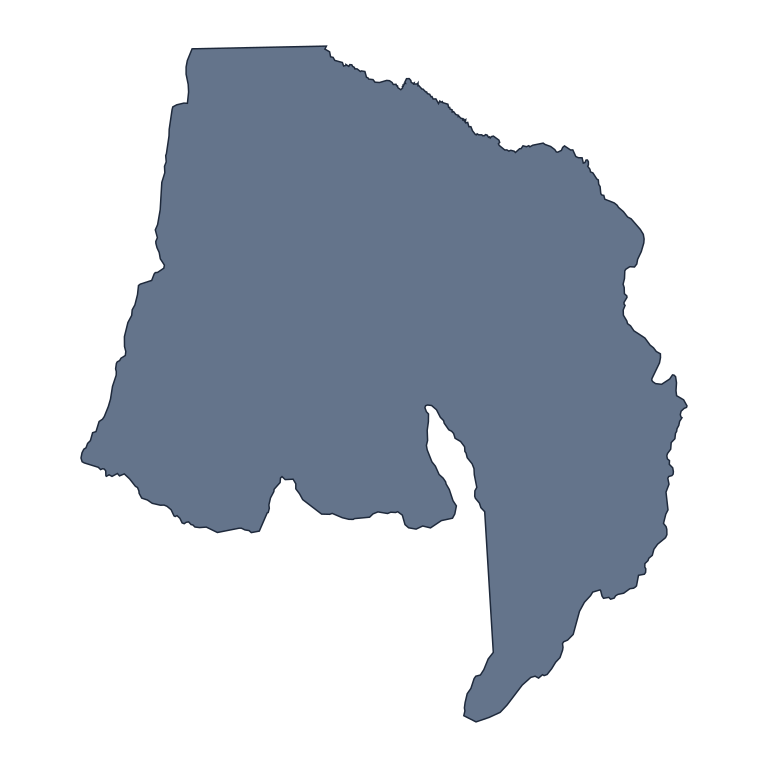 Santa Victoria, Salta, Argentina
{"feature_id": "61730980B62992861219638", "entity_name": "Santa Victoria", "entity_type": "district", "adm_level": 2, "iso_a3": "ARG", "parent_name": "Argentina", "parent_adm1": "Salta", "projection": "equal_earth", "projection_center": [-64.86, -22.445], "detail": "fine", "context": "isolated", "style": "filled", "palette": "slate", "viewbox_px": 768, "rotation_deg": 0, "n_neighbors": 0, "source": "geoboundaries", "source_scale": "gbopen_adm2", "svg_char_len": 6050}
<svg xmlns="http://www.w3.org/2000/svg" viewBox="0 0 768 768"><path d="M682.0,417.7L680.9,416.9L680.3,414.6L681.1,411.2L684.1,408.4L686.5,407.4L687.0,405.9L683.6,399.8L676.6,395.7L676.0,390.7L676.5,382.8L675.6,376.7L674.0,375.1L672.5,374.9L669.7,379.0L661.6,384.3L655.5,383.6L652.7,381.6L651.8,380.2L651.9,378.7L659.5,362.9L660.5,357.6L660.4,353.8L656.3,351.5L653.5,347.8L650.1,345.1L644.9,338.0L633.9,330.8L630.5,325.8L627.5,323.6L626.9,321.1L623.4,315.2L623.2,310.0L625.1,305.4L624.1,304.2L624.0,302.4L627.0,297.4L626.8,295.9L624.4,293.7L624.2,287.5L623.1,284.2L624.5,278.5L624.8,270.8L625.9,269.2L629.8,266.7L634.5,267.0L636.8,264.0L637.6,259.4L641.3,251.6L643.8,243.0L644.1,239.0L643.3,234.3L640.3,229.4L631.1,218.8L627.6,217.0L623.4,211.6L618.5,207.4L617.1,205.2L614.2,202.9L604.8,199.2L603.8,195.4L602.0,195.1L600.8,193.7L600.1,186.6L598.7,184.3L598.3,179.9L596.8,179.0L592.9,172.9L590.5,171.9L589.9,169.2L587.7,166.3L588.4,164.9L588.4,161.8L587.4,160.0L586.1,160.0L584.9,162.6L583.3,163.1L582.1,157.8L578.3,157.7L575.8,156.5L572.8,149.9L570.6,150.0L564.5,145.9L562.7,147.4L561.4,150.4L557.7,152.2L556.3,151.9L554.8,149.6L550.7,146.5L544.9,144.4L543.2,143.1L532.8,145.2L529.9,146.8L528.8,145.7L526.5,146.7L523.0,145.8L521.1,148.6L519.6,148.7L515.4,152.5L514.2,151.2L510.8,150.3L508.8,151.1L506.9,149.9L504.8,150.0L499.2,145.4L498.4,143.8L499.7,142.4L498.9,140.1L493.4,136.1L491.4,136.6L490.2,138.0L489.5,136.9L488.5,137.3L487.2,135.1L485.6,134.6L484.3,135.7L482.6,135.7L481.8,134.8L478.7,134.8L477.1,133.8L476.4,134.8L475.4,134.5L472.5,130.8L470.9,126.7L468.9,126.7L467.7,122.4L465.7,122.9L464.7,121.4L465.5,121.2L465.7,119.6L464.7,120.3L463.9,119.3L463.6,120.2L462.8,120.1L462.5,118.6L460.6,118.1L459.2,116.4L458.2,116.6L458.4,115.3L455.8,114.5L453.6,111.6L452.2,112.0L452.1,109.8L450.0,109.0L449.7,107.4L448.6,107.4L447.9,104.2L442.6,102.6L442.3,101.6L441.1,102.2L439.8,101.0L438.5,103.6L435.9,98.9L433.1,99.0L432.0,96.6L431.1,96.8L429.7,94.3L427.4,93.6L426.6,91.9L425.8,92.0L423.0,89.1L422.0,89.1L418.7,85.5L418.0,85.7L418.0,83.0L417.4,83.9L413.8,84.1L414.1,82.9L413.1,83.5L411.2,82.3L410.8,80.4L409.2,78.6L406.5,78.7L404.9,82.0L405.5,83.4L404.3,83.3L404.0,84.8L403.0,85.0L403.2,86.3L402.4,86.6L402.6,88.0L400.8,89.7L397.9,87.7L397.5,85.9L396.6,85.8L396.0,84.3L393.3,84.5L392.1,82.5L389.5,80.7L386.7,80.4L379.5,82.5L375.0,82.2L373.0,79.6L368.7,79.1L367.9,77.8L366.5,77.3L364.9,71.5L361.3,70.9L360.4,71.5L357.1,68.9L354.7,68.8L354.4,67.4L352.6,66.4L351.8,64.8L349.8,64.6L348.8,66.4L345.9,64.5L345.9,65.4L343.6,66.0L342.4,62.5L334.8,60.4L333.1,57.4L330.6,56.8L329.6,51.8L324.9,49.1L326.4,46.1L192.1,48.8L187.3,60.6L186.1,67.0L186.1,74.2L188.2,84.4L188.6,92.0L187.4,103.3L183.9,103.1L176.7,104.8L172.8,106.9L172.1,109.5L169.2,129.3L169.0,136.0L166.4,153.7L165.7,155.5L166.2,161.9L164.5,166.3L164.8,172.7L161.8,182.4L160.2,209.7L157.6,224.6L155.3,229.9L157.4,237.7L155.8,241.4L155.9,243.4L157.0,247.7L159.2,252.5L160.3,258.8L164.4,265.1L163.8,268.2L157.6,272.4L155.3,272.6L154.2,273.9L151.7,280.4L140.3,284.1L138.5,285.5L137.5,294.6L134.9,304.9L132.2,309.8L131.7,315.4L127.9,322.5L124.4,336.7L124.5,346.5L125.8,351.5L125.3,355.5L121.0,358.2L119.6,360.6L117.3,361.8L116.4,363.4L115.6,368.9L116.3,371.6L116.2,375.2L112.5,386.3L110.5,399.1L108.3,406.6L104.3,416.5L102.5,419.2L99.1,421.5L96.0,431.6L92.6,432.7L90.4,440.6L87.6,443.4L86.0,447.8L83.8,449.2L82.0,452.8L81.0,458.0L82.1,461.7L84.2,462.9L98.3,467.3L100.6,469.6L102.7,468.7L104.3,469.1L105.7,470.8L105.9,475.8L106.4,476.3L109.1,474.8L112.0,476.4L117.4,473.5L119.5,475.9L124.3,473.9L129.6,478.9L135.4,486.3L137.5,487.5L138.9,491.0L139.1,493.3L141.7,498.1L147.4,500.0L152.2,503.3L160.3,505.2L164.1,505.1L167.0,506.3L171.1,509.7L174.0,515.9L175.2,516.5L177.0,515.6L179.9,518.3L182.1,522.9L184.2,523.7L186.2,522.3L188.6,521.9L191.1,524.6L192.8,524.9L194.9,527.0L199.5,527.6L206.3,527.1L217.4,532.5L239.1,528.2L241.4,528.2L244.9,529.9L249.1,530.6L251.3,532.6L259.3,531.1L267.2,512.9L268.2,512.5L269.3,508.3L268.9,504.9L270.5,497.9L273.8,491.7L274.1,489.3L280.1,482.5L280.5,478.0L282.0,476.6L285.2,479.6L293.1,479.2L295.8,483.8L295.8,488.8L299.6,493.9L302.7,499.6L321.6,514.1L329.7,514.3L332.2,513.4L342.3,517.7L348.8,519.3L353.2,519.4L354.5,518.6L369.6,517.2L373.0,513.9L377.9,511.9L387.6,513.5L390.7,512.2L395.6,512.5L397.7,511.7L402.3,515.1L405.0,524.6L408.6,527.8L416.1,529.1L422.7,526.0L430.5,527.9L441.4,520.6L452.5,518.2L454.8,514.0L456.4,505.9L453.0,500.7L449.3,489.5L446.1,484.0L445.6,481.8L443.1,478.1L439.1,474.5L435.4,466.2L431.9,461.8L427.2,449.9L426.4,445.4L427.6,440.4L427.2,430.3L428.4,421.7L428.5,414.0L426.4,411.7L424.9,407.7L425.6,405.7L427.5,405.0L431.6,405.5L436.5,409.8L440.4,417.4L443.6,420.6L444.2,423.2L448.8,429.8L451.7,431.3L453.6,433.5L455.1,438.3L460.6,441.5L464.6,446.8L464.9,451.4L466.1,453.2L467.2,457.7L472.1,463.8L474.0,468.6L474.3,474.8L476.8,487.4L474.9,490.8L474.7,496.2L475.4,498.3L479.4,503.1L480.9,507.7L484.7,511.7L493.3,652.4L488.2,658.9L483.8,669.7L480.4,675.0L475.8,676.2L474.1,678.6L470.9,688.4L467.2,693.7L465.1,702.6L464.4,707.9L464.9,710.9L463.8,715.7L476.0,721.9L489.2,717.4L500.2,712.3L507.0,705.1L522.2,685.1L530.8,677.4L535.1,676.2L538.6,678.1L542.5,674.7L544.1,675.6L547.1,674.5L551.7,668.7L555.6,662.3L560.0,657.6L562.6,650.1L563.0,647.3L562.5,643.6L563.6,641.8L567.6,640.1L573.2,634.4L579.5,611.3L584.4,602.3L590.6,595.6L592.7,592.1L600.0,589.9L600.7,590.8L602.0,596.0L603.5,598.3L608.8,597.4L610.6,599.2L614.2,598.1L615.6,595.8L617.9,594.4L623.7,593.2L629.9,588.7L633.6,588.2L635.4,587.0L636.5,585.9L638.5,575.3L644.4,574.2L645.6,572.4L645.8,568.8L644.8,567.1L644.9,563.6L648.0,560.6L648.8,558.3L652.3,555.3L653.9,549.3L657.6,544.2L665.5,537.7L666.9,534.7L666.8,529.4L666.1,526.7L663.5,523.4L665.8,514.2L668.0,509.9L666.0,492.1L669.0,484.2L667.8,478.3L668.7,476.5L671.9,475.6L673.1,474.2L673.4,471.7L672.7,467.8L669.3,464.3L669.5,460.6L667.4,458.9L666.8,455.8L667.5,453.5L670.7,449.2L671.2,442.6L674.9,438.7L675.5,433.2L676.6,431.5L677.0,428.7L678.8,425.4L679.6,421.4L682.0,417.7Z" fill="#64748b" stroke="#1e293b" stroke-width="1.5"/></svg>